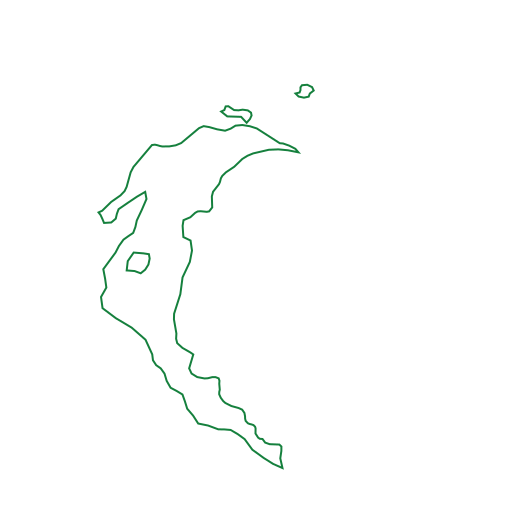 Bakı, Mercator projection, rotated 308°
{"feature_id": "AZE-1689", "entity_name": "Bakı", "entity_type": "Municipality", "adm_level": 1, "iso_a3": "AZE", "parent_name": "Azerbaijan", "parent_adm1": "", "projection": "mercator", "projection_center": [49.815, 40.127], "detail": "fine", "context": "isolated", "style": "outline", "palette": "green", "viewbox_px": 512, "rotation_deg": 308, "n_neighbors": 0, "source": "natural_earth", "source_scale": "10m", "svg_char_len": 2537}
<svg xmlns="http://www.w3.org/2000/svg" viewBox="0 0 512 512"><g transform="rotate(308 256 256)"><path d="M193.4,105.1L196.9,106.9L209.5,108.6L220.3,111.9L226.2,112.5L230.8,111.5L244.8,105.7L250.8,104.6L279.4,105.7L281.5,107.8L282.6,110.1L283.5,112.5L284.6,114.7L289.1,120.3L293.8,124.6L298.9,127.5L321.7,132.4L326.1,134.8L328.8,139.8L331.9,147.4L335.7,154.5L340.7,157.6L346.1,159.6L350.8,164.6L354.5,171.3L357.0,178.1L359.5,205.3L361.3,208.0L363.4,214.2L364.7,221.0L363.8,225.6L359.0,216.1L353.8,208.0L347.6,200.7L335.1,190.6L329.8,187.6L324.2,185.5L312.9,183.9L303.5,180.8L298.4,180.1L295.6,180.5L292.2,182.0L289.9,182.6L280.2,182.6L275.8,184.5L267.3,191.6L262.3,191.6L260.5,190.0L257.2,184.8L255.2,182.6L252.6,181.5L246.1,180.4L239.6,176.8L234.6,179.6L226.2,187.1L227.9,194.9L220.9,202.2L210.6,207.5L193.9,211.3L179.3,219.9L160.1,227.0L155.6,230.3L145.9,241.0L141.6,244.0L138.8,247.6L138.3,254.7L139.6,263.7L139.8,267.2L126.3,272.5L123.7,277.6L124.4,284.2L127.8,290.8L130.0,293.3L133.6,296.1L135.6,298.6L136.6,301.9L135.2,304.0L132.7,305.7L128.3,309.8L126.3,310.7L124.4,312.1L122.6,315.5L121.5,319.4L121.3,322.3L122.6,328.9L125.5,335.9L126.4,339.7L125.2,343.5L123.0,346.0L121.1,347.6L119.7,349.4L119.2,352.6L119.7,354.4L120.5,356.1L121.2,358.1L120.9,360.4L119.9,361.8L115.8,364.9L114.2,369.5L114.3,371.5L115.8,373.8L114.6,378.1L116.1,382.6L121.8,390.5L121.5,393.3L118.0,396.0L111.5,399.7L105.2,407.4L102.7,397.5L101.6,386.5L101.1,372.4L104.7,359.8L104.4,351.3L103.3,343.1L99.9,337.9L96.2,333.0L92.9,322.6L88.4,313.6L91.5,304.7L93.3,295.8L97.6,289.6L101.6,283.3L100.8,276.6L99.6,269.8L102.6,262.5L107.0,256.3L108.8,250.1L108.5,244.6L110.4,239.0L114.6,234.8L122.0,220.5L123.0,202.1L120.7,183.9L120.4,167.2L128.3,159.1L139.0,157.5L145.1,151.2L151.6,143.8L172.2,143.2L179.6,141.8L187.3,141.5L193.1,143.2L198.6,145.0L204.6,143.1L210.6,140.2L222.1,137.6L233.5,134.6L238.3,129.2L229.5,125.7L218.8,122.2L208.3,118.9L203.6,120.4L199.1,122.5L193.3,121.3L188.5,115.9L190.6,112.2L192.6,108.3L193.4,105.1ZM165.0,163.0L165.7,164.0L169.4,169.6L171.4,175.8L177.0,177.1L183.0,176.5L188.5,173.8L191.5,170.5L188.8,165.7L183.4,157.5L173.0,158.1L165.0,163.0ZM364.0,166.0L360.2,166.9L355.2,166.6L356.5,158.6L348.3,147.4L348.4,139.6L351.5,141.2L355.2,140.0L357.0,142.0L357.5,148.9L360.0,152.5L363.1,155.4L365.7,159.9L365.9,163.8L364.0,166.0ZM421.9,199.6L417.2,198.4L414.0,199.4L410.3,196.3L407.9,191.4L408.4,187.1L411.7,189.7L414.1,188.9L416.3,187.2L418.9,187.1L422.5,191.0L423.6,196.2L421.9,199.6Z" fill="none" stroke="#15803d" stroke-width="2"/></g></svg>